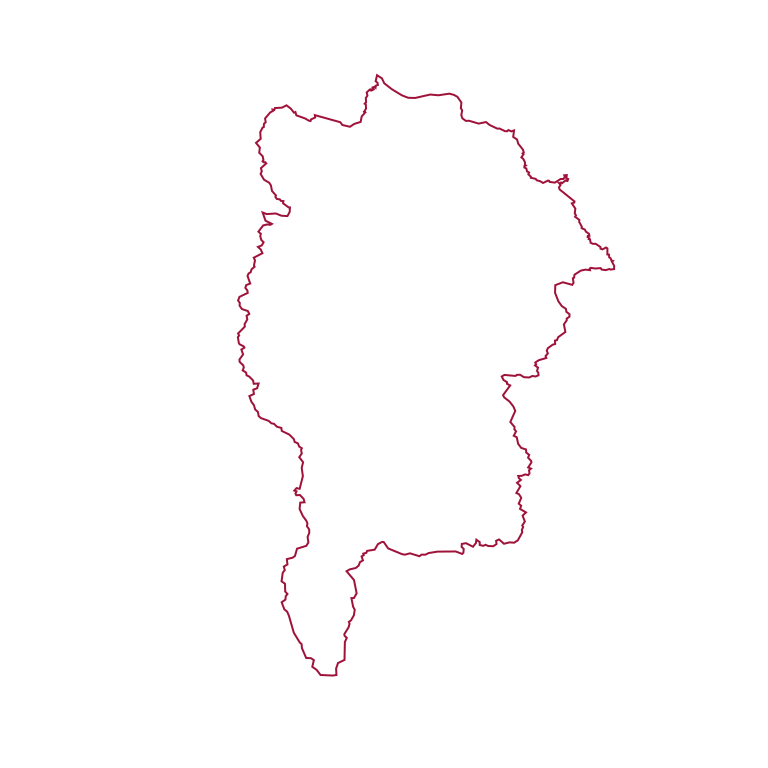 the district of Santa Ana, Manabi, Ecuador, rotated 286°
{"feature_id": "8360857B69594621756810", "entity_name": "Santa Ana", "entity_type": "district", "adm_level": 2, "iso_a3": "ECU", "parent_name": "Ecuador", "parent_adm1": "Manabi", "projection": "equal_earth", "projection_center": [-80.204, -1.195], "detail": "fine", "context": "isolated", "style": "outline", "palette": "rose", "viewbox_px": 768, "rotation_deg": 286, "n_neighbors": 0, "source": "geoboundaries", "source_scale": "gbopen_adm2", "svg_char_len": 6158}
<svg xmlns="http://www.w3.org/2000/svg" viewBox="0 0 768 768"><g transform="rotate(286 384 384)"><path d="M343.2,548.6L343.5,545.6L349.2,547.3L350.5,546.8L352.9,542.8L355.9,543.1L357.3,539.6L360.2,538.6L360.4,533.5L363.5,529.4L369.4,526.3L370.0,523.0L374.9,524.0L376.4,521.8L378.6,521.4L382.3,515.9L394.3,517.6L397.9,514.7L401.6,509.7L404.3,503.2L406.1,501.5L417.4,505.7L418.1,502.2L419.7,501.7L420.7,497.9L423.7,495.1L425.9,497.2L428.0,508.2L429.4,509.2L430.4,512.3L429.1,516.6L430.3,521.8L432.6,524.4L433.0,527.6L434.9,530.1L437.4,529.2L438.7,527.5L442.2,527.5L443.5,524.0L444.8,524.8L446.4,523.5L449.6,526.3L453.7,532.8L455.4,531.6L458.6,533.1L460.8,531.3L463.5,531.6L468.2,535.2L469.6,537.5L472.9,536.4L473.9,538.2L477.0,538.5L484.0,544.0L490.9,540.5L495.7,542.1L497.2,541.6L499.8,543.7L502.2,543.1L503.7,539.4L506.4,538.1L507.9,533.4L511.6,528.8L518.8,523.3L526.2,521.4L531.1,527.9L531.2,537.6L533.5,538.3L537.7,536.4L538.6,537.4L541.6,537.0L547.3,542.0L549.5,546.2L550.2,550.7L551.7,549.9L552.7,550.9L553.2,555.1L555.1,560.3L554.0,561.6L554.6,565.8L556.7,569.0L556.4,570.2L557.9,573.5L561.0,572.7L564.3,569.5L565.4,570.1L565.4,568.6L567.4,567.1L567.8,565.6L570.4,564.6L570.1,563.0L575.9,561.4L576.4,559.8L573.6,556.8L573.8,554.8L575.3,554.4L577.1,548.9L576.3,546.0L576.7,543.7L579.7,542.2L579.7,541.0L580.7,541.2L581.4,539.2L582.5,539.1L583.1,540.6L584.9,539.6L586.1,536.1L587.8,534.5L588.3,531.0L589.9,530.7L593.5,527.0L595.6,526.5L597.4,521.6L598.9,522.1L600.7,520.3L605.3,519.6L609.4,514.8L610.9,516.9L612.0,516.8L619.4,499.2L621.3,498.0L624.0,498.9L625.4,496.8L625.5,498.3L626.5,498.7L626.2,499.9L629.4,502.2L629.7,504.4L631.8,504.5L631.7,502.7L635.2,502.1L634.3,499.8L633.2,500.7L630.5,500.0L629.8,497.3L624.7,492.8L623.9,487.5L624.8,486.7L624.7,485.5L621.1,481.5L622.0,478.0L621.9,474.7L623.0,473.2L622.7,468.3L623.7,468.1L625.4,464.9L627.3,465.2L627.8,462.9L630.4,461.4L630.8,459.3L632.1,458.9L633.2,460.1L633.6,459.0L636.0,458.4L638.8,455.8L639.7,453.6L643.4,454.8L643.9,453.7L645.2,454.5L647.6,452.9L652.0,446.8L655.7,444.5L657.1,440.1L663.6,439.1L661.9,436.7L662.4,433.6L660.9,432.7L660.4,430.6L661.4,424.6L660.7,422.4L662.1,414.2L663.9,409.8L660.4,403.2L660.5,393.4L659.5,390.1L661.0,386.1L663.8,384.2L668.6,383.7L670.2,381.9L675.9,380.8L680.3,375.4L681.2,371.5L681.1,366.8L676.5,356.6L675.0,348.7L667.5,335.0L665.8,328.3L666.4,321.7L669.5,310.4L673.1,301.4L677.2,297.8L678.9,292.2L672.8,292.5L671.8,294.7L669.8,295.7L668.4,293.8L666.4,294.2L666.9,292.7L665.9,291.3L664.4,292.9L662.6,291.1L662.6,290.2L663.6,290.3L663.3,289.3L659.5,287.0L656.6,288.6L653.9,287.7L649.9,289.1L648.1,288.2L647.8,289.4L643.9,290.8L641.1,290.1L640.3,290.9L640.0,289.9L638.9,290.7L635.2,288.8L629.5,289.3L625.8,283.7L621.9,280.4L621.5,272.6L623.6,269.8L623.4,243.4L621.2,244.4L618.2,240.9L616.6,240.9L616.4,239.1L617.5,235.1L618.1,225.7L621.0,223.9L620.0,222.7L623.0,218.5L625.0,213.5L621.5,209.7L619.2,203.1L617.1,203.0L617.1,201.2L615.8,201.9L613.6,199.7L606.5,196.5L603.0,198.1L601.0,196.9L597.8,197.6L597.0,196.6L591.9,195.6L585.7,197.9L580.5,194.5L577.1,199.5L571.9,200.3L569.5,204.6L566.0,206.4L564.6,205.9L564.0,207.2L564.5,208.7L563.6,210.0L557.6,206.2L554.8,207.9L551.9,207.5L547.3,212.4L545.8,218.2L543.7,220.6L538.7,223.1L535.4,228.2L533.9,228.0L532.3,230.1L532.8,232.9L531.6,234.4L532.1,236.9L529.9,237.1L527.4,243.8L527.8,244.9L523.5,245.9L518.8,244.9L517.5,239.0L518.1,233.0L515.0,224.4L515.4,220.1L508.3,225.1L507.0,232.1L505.7,230.9L505.2,227.8L503.1,224.1L495.8,221.3L494.4,224.2L492.0,224.3L488.7,226.3L487.1,229.2L483.5,228.3L481.0,225.1L479.3,228.5L476.2,231.1L469.5,224.0L467.3,225.9L461.9,226.4L461.0,227.3L457.9,225.1L454.7,225.0L452.9,223.4L450.3,223.0L443.7,227.7L441.1,224.3L438.2,224.2L436.2,226.9L434.0,227.9L428.0,221.1L424.1,220.7L422.2,223.0L419.5,223.6L416.9,226.7L416.6,233.0L414.2,235.2L411.7,233.1L408.4,234.8L403.1,233.5L400.8,234.4L392.3,229.8L390.7,231.4L388.8,230.6L383.3,233.2L382.4,234.2L381.5,238.8L380.4,239.8L377.8,237.4L373.6,240.4L367.7,238.3L365.5,239.1L363.1,243.6L361.1,244.7L358.1,244.4L357.0,248.3L354.5,249.5L354.0,252.4L351.3,257.2L348.3,258.7L349.9,263.3L344.9,263.2L342.5,259.9L338.5,261.7L335.3,257.9L330.3,261.5L327.9,264.7L324.0,267.2L322.4,270.5L318.6,272.4L317.3,275.1L316.8,283.1L315.2,286.6L315.4,289.3L313.4,292.9L313.5,297.4L310.7,298.7L309.3,306.9L306.2,312.5L303.7,314.1L303.2,317.6L300.5,319.7L299.6,322.7L297.7,322.5L294.5,324.1L290.3,322.7L286.5,327.8L280.7,328.0L273.1,331.4L260.0,331.8L259.8,328.6L256.8,327.2L256.7,329.5L254.3,329.1L252.9,330.3L254.1,333.8L251.4,338.4L248.4,340.2L246.9,336.2L240.6,337.3L234.8,342.3L231.0,347.2L228.7,348.9L226.1,349.1L223.5,352.2L220.3,353.2L215.9,352.7L210.9,355.0L207.0,353.9L201.7,345.8L194.1,345.8L191.9,344.1L188.9,338.9L183.9,340.9L180.9,338.0L177.8,339.9L174.7,338.7L166.1,339.9L164.7,343.9L157.3,346.2L155.5,349.1L152.9,348.0L149.6,348.7L146.0,345.8L140.0,350.2L138.5,353.6L135.0,356.5L120.0,365.9L112.2,374.4L111.4,376.4L107.5,377.9L99.2,384.7L100.3,389.3L99.2,392.7L92.4,393.0L90.7,397.9L86.8,403.2L89.6,415.0L91.2,418.5L97.2,416.4L103.1,416.7L107.9,422.1L125.2,417.5L129.7,418.2L131.1,415.5L132.7,414.8L140.2,417.0L144.0,417.0L145.7,415.8L147.6,417.4L153.4,418.8L158.9,418.1L161.4,415.7L169.2,411.7L170.0,414.1L175.2,415.4L187.3,409.2L193.7,399.6L196.4,402.2L199.3,407.5L202.5,409.7L206.2,410.0L208.6,412.4L212.1,410.0L213.9,411.7L215.2,410.8L216.9,413.6L218.9,413.7L222.2,420.7L228.4,422.3L231.7,425.7L232.0,427.3L227.1,433.3L225.4,448.3L225.7,451.1L228.4,455.7L228.2,465.5L230.4,467.2L231.3,470.8L233.8,473.5L237.6,481.6L242.8,499.1L242.2,506.0L243.7,506.8L247.4,506.1L248.8,503.5L251.7,502.9L253.6,506.7L252.1,514.4L256.5,516.2L259.8,515.7L258.4,519.6L255.6,520.4L255.8,524.0L257.4,525.9L257.0,528.9L258.2,533.8L261.2,536.3L264.2,535.0L266.3,537.5L263.5,543.4L266.4,548.4L267.3,552.8L270.5,555.7L279.6,557.8L281.8,556.7L284.9,557.2L286.1,555.9L290.6,557.3L295.7,553.5L299.7,555.9L301.4,549.2L304.8,549.4L306.1,546.5L312.4,547.3L315.3,544.1L315.7,541.3L323.4,543.3L325.7,539.1L329.5,542.0L330.7,539.6L332.6,538.4L333.7,541.7L336.0,544.6L336.2,547.8L338.3,548.5L341.0,547.2L343.2,548.6Z" fill="none" stroke="#9f1239" stroke-width="2"/></g></svg>